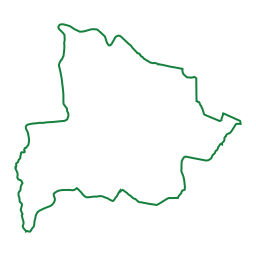 the district of Sourou, Sourou, Burkina Faso
{"feature_id": "67063806B20155029653315", "entity_name": "Sourou", "entity_type": "district", "adm_level": 2, "iso_a3": "BFA", "parent_name": "Burkina Faso", "parent_adm1": "Sourou", "projection": "albers", "projection_center": [-3.016, 13.252], "detail": "fine", "context": "isolated", "style": "outline", "palette": "green", "viewbox_px": 256, "rotation_deg": 0, "n_neighbors": 0, "source": "geoboundaries", "source_scale": "gbopen_adm2", "svg_char_len": 5772}
<svg xmlns="http://www.w3.org/2000/svg" viewBox="0 0 256 256"><path d="M177.9,198.0L178.3,196.8L178.9,195.9L179.9,194.7L180.6,193.9L181.2,193.1L181.2,192.8L181.4,192.2L181.9,191.5L182.2,190.7L182.9,190.3L183.7,190.2L184.6,189.8L184.8,188.5L184.9,186.8L184.2,180.1L183.6,177.3L182.9,175.2L182.1,173.2L181.5,171.4L181.3,170.2L181.5,169.0L181.5,166.1L181.6,162.2L181.9,161.0L182.6,159.4L183.4,158.1L184.1,157.2L184.7,156.9L185.7,156.6L197.8,159.0L204.0,160.1L205.1,160.4L206.3,160.5L207.4,160.4L208.7,160.1L209.7,159.3L210.7,158.7L211.1,158.4L211.8,156.9L212.0,156.7L212.5,155.4L212.6,155.2L212.9,154.8L213.5,154.3L214.7,153.3L215.2,152.2L215.4,151.5L215.9,150.7L216.8,150.3L217.2,149.8L217.3,149.5L218.1,148.0L218.2,147.1L219.3,145.7L219.6,145.0L220.1,144.3L220.8,143.9L222.1,144.5L222.1,143.2L222.3,142.7L222.7,142.3L223.8,141.4L224.1,140.8L224.4,139.8L224.4,139.2L224.4,138.3L224.5,137.8L225.3,136.6L226.0,136.1L226.1,135.4L226.6,134.6L227.2,134.1L228.0,133.8L229.9,133.0L230.8,132.1L231.4,131.3L232.0,130.4L232.9,128.9L233.9,127.5L235.1,125.4L235.6,124.7L236.0,124.2L236.4,123.9L236.9,123.8L237.6,123.8L240.6,123.9L240.4,122.1L240.2,121.2L240.0,120.9L239.7,120.7L237.1,119.6L232.3,117.4L223.4,113.4L223.1,113.4L223.0,113.6L222.9,113.9L223.0,114.7L222.7,115.7L222.4,116.5L221.8,117.8L221.6,118.4L221.4,120.3L220.1,120.8L219.4,121.0L219.3,120.8L215.6,119.3L204.5,114.7L204.2,114.3L203.8,113.3L203.3,111.6L203.1,111.1L202.8,110.1L202.3,108.3L201.7,107.7L201.1,105.9L200.3,105.0L199.5,103.0L199.3,102.5L199.0,102.1L198.5,102.0L198.0,102.0L197.8,101.9L197.5,101.3L196.5,101.1L196.5,100.9L196.5,100.6L196.5,98.9L196.4,92.4L196.3,82.2L196.3,78.4L196.1,78.1L195.7,77.9L195.3,77.5L194.7,77.1L194.2,76.9L193.9,77.0L193.7,77.1L193.1,77.3L192.5,77.5L191.4,77.7L190.8,77.5L189.5,77.5L187.9,77.4L187.1,77.3L186.2,76.7L185.6,76.2L184.9,75.4L184.2,74.9L183.2,73.8L183.2,73.6L183.2,73.4L182.7,72.5L182.6,71.8L182.4,70.3L182.6,69.0L182.4,68.8L181.9,68.7L181.0,68.7L180.1,68.4L177.9,68.0L174.8,67.4L171.0,66.8L164.4,65.3L162.2,64.8L160.6,64.6L159.1,64.2L158.3,64.5L158.1,64.3L157.1,63.6L156.0,63.3L154.5,62.9L153.3,63.2L152.1,63.0L150.3,62.5L149.2,61.9L148.0,61.0L147.0,60.5L146.7,60.4L146.4,60.2L146.1,60.0L144.0,58.7L142.6,57.1L142.1,56.7L141.5,56.6L141.3,56.4L140.5,55.6L140.3,55.3L140.3,55.1L140.3,54.8L140.0,54.6L139.7,54.4L139.6,54.0L139.0,53.6L138.7,53.3L137.6,53.2L137.1,52.9L136.9,52.5L135.7,51.2L132.4,47.7L130.7,45.3L130.2,45.1L129.8,44.7L128.6,43.8L120.9,36.5L119.5,35.8L118.4,35.6L116.1,36.6L114.9,37.8L114.7,38.6L111.4,44.3L110.0,45.4L108.7,45.3L106.9,42.7L105.0,36.6L101.9,33.6L97.6,29.8L96.7,29.4L93.5,29.2L90.8,29.4L88.2,30.2L83.4,31.5L79.8,31.7L74.5,29.2L70.4,26.4L68.2,25.6L63.4,24.3L61.0,24.3L59.5,24.9L58.3,27.0L58.6,28.2L59.2,29.2L63.3,33.2L64.5,35.1L64.7,39.8L64.1,43.7L64.4,45.1L64.3,49.3L63.9,52.6L63.5,56.0L61.8,59.5L61.3,59.7L59.6,62.7L58.9,65.2L60.1,70.4L61.6,78.1L63.0,89.8L63.4,94.6L63.4,102.0L63.7,104.2L67.0,108.7L67.1,110.9L68.3,113.6L68.4,116.0L67.1,119.5L64.5,120.9L60.7,121.2L53.7,121.9L46.0,122.4L43.3,122.9L39.8,122.8L36.0,123.3L32.5,123.6L28.0,124.5L26.5,125.4L25.8,126.8L25.9,128.5L27.9,132.6L28.9,138.4L29.1,140.9L28.4,144.8L26.1,147.7L24.9,148.1L25.0,148.4L24.1,149.7L24.1,149.9L24.3,150.2L24.4,150.6L24.7,151.2L24.7,151.5L24.7,151.9L24.3,152.2L24.0,152.4L23.5,152.4L22.3,152.3L21.8,152.2L21.4,152.4L21.1,152.9L20.9,153.3L20.9,154.2L20.8,154.8L20.3,156.2L20.2,156.5L20.3,157.0L20.4,157.6L20.2,158.0L19.7,158.9L19.2,159.4L18.9,159.5L18.7,159.8L18.5,160.3L18.3,161.3L18.0,162.0L17.7,162.3L16.6,163.1L16.2,163.5L16.1,163.9L16.1,164.6L16.4,165.3L16.3,165.7L16.2,166.2L15.6,166.7L15.4,166.9L15.4,167.2L16.0,166.8L15.7,168.3L15.7,168.8L15.9,169.6L16.4,170.5L17.0,171.8L17.3,172.7L17.5,173.5L17.7,174.5L17.3,177.4L17.4,177.8L17.8,178.6L18.2,179.3L20.4,180.2L21.2,180.6L21.7,181.1L21.8,181.9L22.3,182.6L22.5,183.0L22.2,183.8L21.8,184.1L21.5,184.9L21.2,185.5L20.9,186.3L20.7,187.2L20.6,188.0L20.5,189.8L20.3,190.3L19.8,191.1L19.3,191.6L18.7,192.3L18.4,193.9L18.6,195.1L18.8,196.6L19.3,197.2L19.7,201.6L20.7,202.7L21.5,203.3L22.0,204.3L21.8,205.7L20.7,210.1L20.9,210.6L21.5,211.9L22.1,213.1L22.5,214.3L22.1,214.6L21.8,215.6L22.5,218.2L22.6,218.9L23.4,221.4L23.6,222.4L23.4,224.1L22.7,226.5L23.1,227.4L24.0,228.8L25.8,230.8L26.0,231.4L26.4,231.0L26.9,231.0L27.3,231.0L28.8,231.6L29.5,231.7L29.8,231.7L30.3,231.4L30.7,230.9L31.2,229.9L32.6,227.8L33.3,227.1L33.8,226.4L34.1,225.3L34.3,224.2L34.5,221.1L34.8,220.1L35.4,218.0L35.5,217.0L35.6,216.2L36.1,214.9L37.1,212.7L38.2,211.6L39.8,210.5L42.7,209.1L46.1,207.6L49.6,206.3L51.2,205.5L52.5,204.3L53.6,203.0L54.3,201.8L54.8,200.3L54.9,198.9L54.6,197.6L54.1,196.7L53.7,194.8L53.7,194.1L53.8,193.7L55.2,192.5L56.5,191.7L57.8,191.0L59.0,190.6L61.0,190.2L63.2,190.0L65.5,190.0L68.6,189.9L70.1,190.0L71.7,190.2L73.2,190.2L74.3,189.8L75.2,189.4L75.8,189.0L76.7,188.2L77.1,188.4L77.6,188.7L80.4,191.6L81.3,192.5L82.4,193.9L83.4,195.2L85.4,196.7L85.8,197.0L86.3,197.2L87.5,197.3L90.3,197.1L92.7,196.7L95.0,196.6L96.7,196.6L98.7,196.2L100.9,196.1L101.8,196.2L102.7,196.5L107.1,198.2L108.3,198.6L108.7,199.0L110.6,200.1L111.8,200.6L112.4,200.9L112.9,201.0L113.7,200.4L114.7,199.1L115.3,198.0L115.8,197.3L116.7,196.5L117.2,195.6L117.9,194.3L118.5,193.0L119.5,191.4L119.8,191.0L119.8,192.0L120.2,191.7L121.0,190.9L121.6,190.4L121.9,190.1L122.1,190.0L122.4,189.9L122.6,189.9L123.3,190.3L124.6,191.3L126.8,192.8L128.7,194.7L130.7,195.9L132.1,197.3L133.1,198.1L134.2,198.7L135.3,198.9L137.1,200.6L138.8,202.0L140.0,202.2L141.0,202.3L142.4,202.5L143.8,202.9L144.9,203.0L148.9,203.8L155.7,204.8L156.7,204.9L157.4,204.7L158.6,204.0L160.8,202.7L162.6,201.5L164.1,200.7L165.7,199.6L167.5,198.6L168.1,198.3L168.6,198.1L169.3,198.0L170.9,198.1L174.0,198.0L175.9,197.9L177.9,198.0Z" fill="none" stroke="#15803d" stroke-width="2"/></svg>